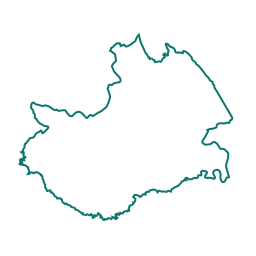 Sanamxay, Attapu, Laos (Robinson projection), rotated 275°
{"feature_id": "54806243B21104398525557", "entity_name": "Sanamxay", "entity_type": "district", "adm_level": 2, "iso_a3": "LAO", "parent_name": "Laos", "parent_adm1": "Attapu", "projection": "robinson", "projection_center": [106.401, 14.728], "detail": "fine", "context": "isolated", "style": "outline", "palette": "teal", "viewbox_px": 256, "rotation_deg": 275, "n_neighbors": 0, "source": "geoboundaries", "source_scale": "gbopen_adm2", "svg_char_len": 5719}
<svg xmlns="http://www.w3.org/2000/svg" viewBox="0 0 256 256"><g transform="rotate(275 128 128)"><path d="M46.5,73.9L45.7,77.4L44.4,78.4L44.1,80.5L43.5,82.1L42.0,82.8L42.1,83.9L41.8,84.9L39.4,88.8L39.3,90.1L38.6,89.8L37.8,90.9L37.9,92.0L37.5,93.6L38.6,94.9L37.6,97.4L37.9,98.1L38.6,98.3L39.0,98.8L37.8,100.2L35.4,100.7L36.4,102.4L37.8,102.0L38.3,102.3L37.7,104.0L38.0,104.8L39.7,105.5L40.3,105.4L40.6,105.7L40.3,106.3L39.1,107.4L39.1,107.9L38.5,108.1L38.1,108.8L36.5,108.3L36.4,108.7L37.0,109.1L37.0,109.5L35.8,110.5L34.7,110.9L34.2,112.1L34.4,112.6L35.3,113.0L35.0,114.0L35.3,115.2L36.1,115.6L36.4,116.1L36.4,118.0L35.8,119.1L37.1,120.0L37.3,120.8L38.0,120.4L37.5,122.1L36.8,122.5L36.2,124.0L37.8,125.3L38.6,123.6L39.3,123.2L39.7,123.6L40.9,123.1L41.5,124.5L40.5,124.4L41.1,125.5L40.8,126.3L41.7,126.2L41.3,127.0L41.8,127.8L42.8,127.7L42.4,129.2L42.6,130.4L43.9,130.7L44.4,132.0L45.1,133.2L45.1,133.9L45.5,134.4L44.9,135.1L46.0,136.4L46.9,136.3L47.5,135.7L49.1,136.0L49.8,136.5L50.5,136.3L52.6,139.8L54.3,139.6L54.2,140.4L54.5,140.9L57.0,141.7L58.0,141.5L59.8,139.2L61.8,140.4L62.0,142.4L61.4,144.5L60.5,145.6L60.6,146.7L61.4,146.9L62.1,148.0L63.3,148.8L63.1,150.9L63.4,151.6L64.8,151.0L66.0,152.2L66.3,154.6L67.7,155.1L68.1,155.9L68.2,157.0L68.8,157.9L68.8,160.1L68.5,161.1L67.9,162.0L66.5,163.1L68.2,164.2L67.6,167.4L67.9,168.9L67.7,171.7L69.0,173.9L68.4,176.4L70.3,176.6L71.2,177.2L72.1,179.0L73.2,180.1L74.8,183.1L77.9,185.6L79.4,186.2L79.8,187.6L81.1,188.5L80.8,189.9L81.1,190.5L82.0,189.3L82.7,189.5L83.3,190.1L83.5,191.3L82.3,192.6L82.3,194.6L82.6,196.0L84.0,198.1L84.1,199.0L83.9,200.2L84.5,201.7L87.0,202.3L87.2,202.8L87.1,204.6L87.5,205.2L90.7,204.6L92.0,206.0L91.5,209.7L91.0,210.5L90.1,210.5L86.8,208.9L86.1,208.9L85.3,209.5L85.2,211.4L85.6,214.3L84.9,218.1L85.4,218.8L86.5,219.0L90.1,216.8L91.7,216.8L92.8,217.5L93.8,219.2L94.2,220.8L93.9,222.0L93.0,222.9L90.2,224.3L87.3,224.3L85.2,224.7L82.8,226.1L82.4,226.9L82.6,228.1L83.3,229.1L87.1,230.8L87.8,232.9L98.3,229.0L100.9,229.1L106.6,230.3L111.3,230.1L112.2,229.7L115.2,225.9L115.5,224.3L115.3,222.3L115.5,221.6L119.8,218.5L121.4,215.9L121.5,214.9L121.2,213.8L119.6,212.2L119.0,211.2L118.1,206.8L118.5,205.4L119.8,203.6L120.5,203.2L121.8,203.4L125.4,205.4L131.4,208.0L132.2,208.0L132.9,207.2L134.2,209.6L134.5,212.0L135.9,215.4L136.4,216.0L138.4,216.2L139.4,216.6L140.4,218.0L140.9,220.5L140.9,224.0L141.8,225.5L142.0,228.4L144.5,229.1L144.9,230.2L145.6,230.8L147.3,231.0L172.7,213.0L174.9,211.1L176.4,210.4L177.7,210.3L179.3,208.8L181.3,208.1L182.4,205.7L184.1,204.7L184.4,204.1L185.2,203.7L187.3,201.0L189.5,199.3L195.5,193.6L197.7,190.3L198.9,189.8L201.9,185.8L203.6,185.4L206.1,183.1L207.8,180.9L209.4,178.1L209.5,176.5L207.7,176.3L207.2,175.9L207.8,173.9L207.5,172.5L207.7,171.4L207.3,170.2L207.5,169.1L208.2,168.4L209.3,168.2L211.3,166.9L211.5,166.0L212.4,165.1L212.5,163.2L213.7,161.6L215.2,160.2L215.2,158.4L214.3,158.3L212.3,159.5L210.5,160.1L209.8,161.1L208.6,161.6L207.6,161.8L206.4,161.0L203.9,161.5L203.5,160.4L204.2,159.4L205.3,158.4L205.2,157.7L204.3,156.9L203.8,156.8L202.4,158.4L201.6,158.4L200.7,157.0L198.3,155.7L197.0,155.3L196.8,154.8L197.0,153.6L196.9,152.1L196.0,150.3L196.3,149.6L196.1,149.0L197.9,148.4L197.8,147.9L199.2,145.6L199.2,145.0L198.6,143.8L199.5,143.4L199.7,142.5L200.4,142.8L200.9,141.8L203.2,140.3L204.2,139.0L214.7,133.1L221.8,130.7L219.6,129.1L215.3,127.7L211.6,123.6L209.8,121.2L209.1,119.7L209.1,118.3L210.4,117.1L210.3,116.5L210.5,116.4L210.2,115.2L209.6,115.1L209.6,114.5L209.2,113.8L209.8,113.8L210.2,112.9L210.7,112.5L211.4,112.6L211.4,112.0L211.7,111.7L211.2,109.1L209.8,108.2L209.1,107.1L207.2,105.8L206.3,104.3L205.4,104.3L203.3,103.4L202.9,105.0L201.8,106.0L200.8,108.1L200.1,108.8L193.8,110.2L191.4,108.1L188.5,106.6L187.8,106.7L182.9,109.3L177.5,115.3L175.9,116.3L173.9,116.4L172.9,115.5L171.9,111.7L170.9,109.5L169.3,108.2L169.6,106.5L169.3,105.4L168.9,105.0L166.6,104.7L165.7,104.2L159.9,106.7L157.4,107.5L152.5,106.6L148.7,105.4L146.9,104.5L143.1,100.6L141.9,99.2L140.4,96.4L139.4,95.6L138.8,94.5L137.0,92.4L136.9,91.4L137.6,90.3L137.6,89.1L137.2,88.5L134.9,86.9L134.4,86.3L134.4,85.7L138.9,80.6L140.0,78.0L138.9,74.6L134.9,71.3L134.8,69.4L137.2,66.4L140.1,64.0L140.1,62.0L139.1,57.7L139.1,57.0L140.0,55.2L139.5,54.3L139.6,52.8L142.6,47.5L143.2,44.8L143.3,43.4L142.4,40.9L143.3,36.8L143.5,34.3L143.8,33.6L145.0,32.3L144.8,30.6L144.4,30.3L143.0,29.7L139.7,29.6L137.5,31.7L136.5,32.3L135.0,32.4L133.7,33.8L132.2,34.2L130.6,34.1L129.7,34.4L129.0,36.0L126.9,37.3L125.1,39.4L122.7,44.7L122.6,47.9L121.9,48.6L121.1,48.6L115.5,43.9L115.4,43.2L117.4,42.1L117.8,41.2L116.5,40.2L116.0,39.0L115.0,37.4L112.4,35.7L110.8,35.2L110.0,33.8L109.5,31.7L108.8,30.7L106.9,29.9L105.7,28.7L103.9,27.9L103.5,27.0L101.8,26.5L99.8,26.6L97.2,25.3L95.9,25.5L94.7,23.6L94.2,24.1L94.6,26.2L94.1,26.4L92.7,25.9L91.5,26.6L89.7,26.7L90.2,28.2L89.6,28.4L88.6,27.0L87.8,24.9L87.3,27.1L86.8,27.4L86.7,23.6L86.6,23.4L86.3,23.3L85.7,23.9L85.4,24.9L84.9,25.3L84.7,25.2L84.6,23.7L84.3,23.8L83.9,24.6L83.9,25.8L83.4,26.0L83.2,25.4L83.2,23.5L82.7,23.1L82.3,23.7L82.4,24.9L82.0,25.9L82.1,27.4L81.8,29.3L81.0,30.0L80.2,31.9L79.3,32.1L78.8,31.9L77.3,33.1L75.4,33.5L73.4,32.4L73.5,33.1L73.9,33.8L75.0,34.3L75.2,34.7L75.3,36.0L75.0,36.6L75.3,37.2L74.7,38.2L75.8,39.7L76.0,41.4L75.6,42.8L74.6,43.9L74.6,44.3L74.0,45.3L73.4,45.3L73.6,45.9L71.7,47.1L69.8,47.4L68.1,48.5L66.8,48.7L66.2,49.3L64.8,49.8L64.0,50.6L61.6,50.6L60.3,51.9L58.3,52.7L58.1,53.1L59.0,55.2L59.1,56.2L57.2,56.7L57.1,58.2L56.3,58.4L55.8,59.8L54.5,60.2L53.9,60.8L52.8,62.9L51.7,63.3L51.6,63.7L52.0,64.8L51.7,65.8L52.1,66.3L52.0,66.8L51.0,68.4L50.5,68.3L49.9,68.8L49.0,68.9L47.9,69.8L47.7,70.7L46.8,71.8L47.4,73.4L46.5,73.9Z" fill="none" stroke="#0f766e" stroke-width="2"/></g></svg>